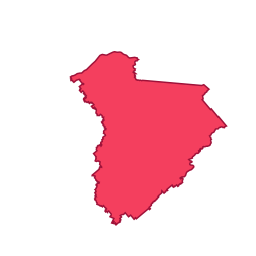 Yass Valley, New South Wales, Australia (Natural Earth projection), rotated 221°
{"feature_id": "25037944B7628366145494", "entity_name": "Yass Valley", "entity_type": "district", "adm_level": 2, "iso_a3": "AUS", "parent_name": "Australia", "parent_adm1": "New South Wales", "projection": "natural_earth1", "projection_center": [148.958, -34.926], "detail": "fine", "context": "isolated", "style": "filled", "palette": "rose", "viewbox_px": 256, "rotation_deg": 221, "n_neighbors": 0, "source": "geoboundaries", "source_scale": "gbopen_adm2", "svg_char_len": 5758}
<svg xmlns="http://www.w3.org/2000/svg" viewBox="0 0 256 256"><g transform="rotate(221 128 128)"><path d="M55.6,171.4L57.7,173.0L57.9,173.4L57.8,174.1L58.4,174.1L59.5,175.2L60.2,175.0L61.4,175.6L60.9,177.3L61.3,178.0L61.4,179.0L60.5,181.4L60.9,182.7L60.8,183.2L61.3,184.1L61.1,185.0L59.4,186.4L59.4,188.1L59.1,188.7L58.6,189.2L58.5,190.0L57.1,190.8L56.6,190.7L56.4,191.1L55.5,191.4L55.4,191.7L55.8,192.4L55.6,193.1L55.0,194.1L67.2,196.1L67.3,195.2L77.8,197.0L77.9,196.0L90.6,198.0L90.4,199.2L93.0,201.3L92.6,202.5L92.7,203.3L92.5,204.2L92.9,204.6L92.3,207.0L92.7,207.5L92.4,208.6L92.6,209.8L92.4,210.4L99.2,210.4L100.3,208.4L148.3,173.5L148.6,172.8L150.2,172.1L150.5,171.4L151.4,171.2L151.9,170.5L152.4,170.2L152.9,170.3L153.4,169.8L154.3,170.0L155.2,170.7L156.1,170.4L156.4,170.6L156.6,171.1L156.4,172.0L156.7,172.2L157.4,171.9L158.2,172.8L158.2,173.5L157.7,174.1L159.3,174.0L159.9,173.4L160.7,173.5L160.8,173.9L160.6,174.5L160.9,175.2L160.4,176.0L161.3,176.9L161.3,177.3L162.8,176.9L164.4,177.6L165.0,178.5L164.0,180.6L164.4,181.1L165.4,181.4L166.3,182.7L166.2,183.8L165.2,184.6L165.4,185.4L165.0,186.5L166.5,186.3L167.0,186.9L169.3,185.7L172.7,181.9L173.9,181.6L176.8,181.9L179.7,180.7L182.7,180.6L183.9,180.0L185.9,178.0L188.1,176.8L189.0,175.6L190.6,172.1L191.7,169.3L192.6,168.4L195.6,166.7L196.2,165.7L196.8,164.3L196.5,156.8L197.0,152.8L197.6,144.8L198.6,142.7L199.0,139.1L200.3,137.9L202.0,135.7L202.5,133.8L203.3,132.0L204.5,130.4L204.9,128.7L203.3,128.4L203.5,127.4L202.4,127.2L202.5,126.8L202.2,126.4L201.1,127.5L200.0,127.0L198.8,127.0L198.3,130.2L196.7,132.8L196.0,132.9L195.8,132.4L192.0,131.6L191.6,131.7L191.3,132.1L190.5,132.3L190.2,132.8L190.4,131.4L191.2,131.5L191.9,127.3L189.6,126.9L189.8,125.7L189.0,125.6L189.2,124.6L186.7,124.2L186.4,126.3L184.0,125.9L184.2,124.9L182.5,124.6L182.5,124.9L182.7,125.3L180.6,124.9L180.8,123.8L180.0,123.7L180.1,123.3L179.5,123.2L179.7,121.8L180.7,122.0L180.8,121.2L180.4,120.5L178.9,120.2L179.0,119.7L177.6,119.4L177.4,120.3L175.6,120.4L175.2,121.9L173.7,121.7L173.8,121.3L173.2,121.2L172.9,123.0L172.1,122.8L172.0,123.6L169.0,123.2L169.9,120.4L167.8,120.0L167.8,120.3L167.2,120.2L167.1,120.6L166.2,120.4L166.0,121.2L166.3,121.6L164.7,121.3L164.8,120.8L163.8,120.9L163.4,120.5L162.2,118.5L161.8,118.2L160.3,118.2L160.1,117.8L159.6,117.7L159.4,117.3L157.7,118.7L157.8,120.2L157.6,120.3L155.9,120.4L155.4,120.2L154.7,119.3L154.0,119.4L153.5,120.1L153.1,119.4L152.8,119.3L152.4,118.0L151.7,118.4L151.5,118.2L151.9,118.0L151.8,117.0L151.4,116.9L151.4,116.5L151.9,116.2L151.7,115.6L151.9,115.2L151.1,114.8L150.7,115.1L150.6,114.8L149.5,114.8L148.9,113.9L148.5,114.1L148.5,113.7L148.3,113.6L148.0,113.9L146.9,113.3L146.4,113.6L146.3,113.0L145.7,112.5L145.0,113.0L144.7,112.8L144.3,113.0L143.7,112.1L144.4,111.3L144.3,109.7L143.9,109.1L143.2,108.8L143.1,108.0L140.9,108.1L140.1,107.5L140.7,105.7L140.6,105.0L140.9,104.6L140.4,103.8L139.6,103.5L140.0,102.0L138.6,101.0L138.6,100.6L139.1,99.8L138.9,99.0L138.5,98.5L138.1,98.5L138.1,98.1L136.8,98.1L136.5,97.4L136.5,96.6L137.2,96.9L138.2,96.7L138.1,96.0L139.1,95.4L139.2,94.5L138.8,94.3L138.6,93.6L139.1,92.6L138.2,91.9L137.9,91.1L136.9,90.4L136.5,90.4L137.2,86.1L133.3,85.4L133.3,85.0L133.0,85.0L132.0,84.0L132.1,83.7L131.8,83.5L131.4,81.9L131.1,81.6L129.8,82.1L129.5,82.9L128.4,83.9L127.9,83.7L126.8,84.1L125.5,81.9L122.3,81.3L122.1,81.0L123.7,80.3L123.7,79.7L123.2,79.4L123.2,78.6L122.7,78.2L124.1,68.9L123.8,68.5L123.3,69.0L122.8,69.1L122.6,69.6L121.2,70.1L120.6,68.5L120.1,68.6L118.3,68.0L118.0,67.6L116.8,67.8L116.4,67.4L115.2,67.9L114.8,67.8L114.1,68.2L113.7,67.2L115.0,66.3L114.5,65.5L115.0,64.7L114.8,64.1L114.2,63.8L113.6,64.1L112.9,63.2L112.7,61.9L112.4,61.5L112.5,61.2L112.4,60.7L112.5,60.0L112.0,60.1L111.1,59.3L110.6,59.3L110.5,58.9L110.6,58.2L110.3,58.1L110.5,57.4L109.1,56.9L108.8,57.0L108.2,56.4L108.6,55.6L108.3,55.3L107.6,55.5L107.1,55.3L107.5,55.1L107.6,54.6L107.0,53.8L106.5,53.7L106.6,52.6L106.0,52.5L106.0,52.2L105.7,52.0L104.8,52.4L103.0,51.3L102.2,51.2L101.4,50.0L99.7,50.7L97.8,50.9L97.7,51.4L96.9,51.5L96.8,51.9L95.6,51.7L95.6,53.3L92.7,52.8L92.6,53.1L91.1,52.8L91.3,51.0L90.4,50.8L90.5,50.1L89.6,50.0L89.4,51.2L88.2,51.0L88.4,51.3L88.1,52.7L84.1,52.0L83.4,50.8L83.6,50.0L83.4,49.2L79.3,50.5L78.6,47.7L77.2,48.3L76.9,47.7L78.4,47.0L78.0,45.6L75.5,46.8L75.2,47.3L75.1,48.1L74.3,47.9L74.5,47.2L73.5,47.0L73.1,50.1L72.4,51.3L72.3,51.9L73.1,52.1L72.8,53.1L73.6,53.2L73.5,54.2L74.8,54.4L74.5,56.6L76.4,56.9L75.7,58.7L74.6,59.9L74.5,62.2L69.3,61.4L68.8,64.0L63.5,63.1L63.2,65.0L64.3,65.3L62.1,65.0L59.6,80.7L58.3,80.5L58.1,81.7L60.0,82.1L59.5,85.4L59.7,85.1L60.5,85.6L60.2,87.7L60.6,87.8L60.2,90.0L59.9,89.9L59.7,90.8L59.9,90.8L59.5,93.2L59.8,93.3L59.5,95.6L60.3,95.7L60.1,96.8L60.6,96.9L60.2,99.8L60.0,101.1L61.2,102.8L58.1,102.5L57.8,104.6L58.1,104.7L57.9,106.7L57.3,106.6L57.2,107.0L58.4,107.2L57.3,113.9L56.6,113.8L56.6,113.4L55.0,113.1L54.8,114.5L54.3,114.4L54.0,116.9L52.1,116.6L51.9,117.7L52.5,117.8L52.1,120.4L51.5,120.3L51.1,122.8L52.3,123.5L52.8,125.2L53.3,125.8L54.2,125.6L54.8,124.2L55.6,124.2L55.9,124.6L55.2,126.5L53.7,127.9L53.5,128.5L53.4,129.8L54.5,132.3L54.7,133.5L53.9,136.3L52.9,138.1L52.7,139.6L52.8,140.5L52.6,141.0L52.8,141.7L53.3,142.3L54.6,142.4L56.4,141.2L57.4,141.0L57.9,141.4L58.2,142.0L58.2,142.5L57.4,144.0L57.7,144.6L58.3,144.6L59.8,143.9L61.5,144.1L59.7,147.5L60.2,147.9L60.4,148.7L60.1,149.9L59.9,151.8L60.2,152.3L59.6,154.0L58.7,154.6L58.4,155.6L58.9,156.4L58.5,156.5L58.3,157.5L58.5,158.0L59.5,157.8L58.9,158.8L59.0,159.3L59.8,159.2L59.9,159.9L59.1,160.1L58.7,160.5L58.8,161.1L58.4,161.2L58.6,161.6L58.4,161.7L58.4,162.2L59.1,162.9L58.8,163.6L57.7,164.2L57.0,165.6L56.1,166.3L55.1,168.0L55.1,168.8L54.9,169.0L55.5,170.5L55.4,170.9L55.6,171.4Z" fill="#f43f5e" stroke="#9f1239" stroke-width="1.5"/></g></svg>